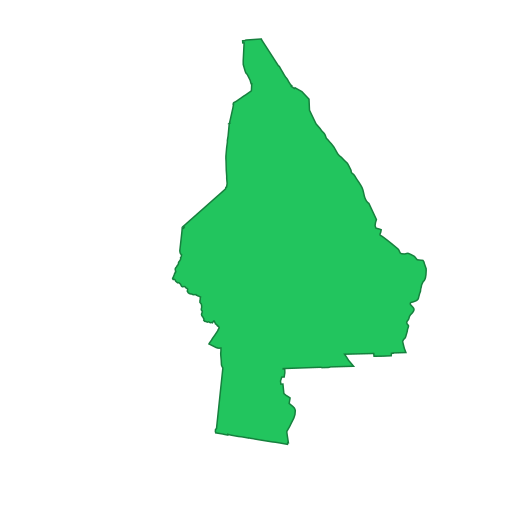 Lansingerland, Zuid-Holland, Netherlands, rotated 319°
{"feature_id": "6326949B1243164224126", "entity_name": "Lansingerland", "entity_type": "district", "adm_level": 2, "iso_a3": "NLD", "parent_name": "Netherlands", "parent_adm1": "Zuid-Holland", "projection": "orthographic", "projection_center": [4.494, 52.011], "detail": "fine", "context": "isolated", "style": "filled", "palette": "green", "viewbox_px": 512, "rotation_deg": 319, "n_neighbors": 0, "source": "geoboundaries", "source_scale": "gbopen_adm2", "svg_char_len": 6003}
<svg xmlns="http://www.w3.org/2000/svg" viewBox="0 0 512 512"><g transform="rotate(319 256 256)"><path d="M385.8,86.5L386.8,87.4L374.4,100.3L372.0,103.1L369.2,109.1L368.6,110.7L368.4,111.5L368.5,113.2L368.4,113.6L366.9,119.5L365.3,122.8L365.8,123.2L361.2,128.0L360.5,128.3L355.7,127.8L353.6,127.6L352.1,127.3L342.5,126.3L340.0,125.7L339.5,125.7L339.1,125.9L338.4,126.4L338.6,126.7L338.5,126.8L335.7,129.1L323.1,138.4L322.7,138.4L322.9,138.6L322.6,138.6L322.3,138.9L314.1,146.7L313.7,147.1L310.3,149.9L309.1,151.3L304.9,155.0L298.9,160.8L297.3,162.6L295.5,164.9L289.8,171.8L286.3,176.5L284.8,178.2L281.8,182.3L279.0,184.7L278.3,184.4L276.9,185.4L220.2,185.9L220.8,187.2L219.4,187.6L218.7,186.4L216.3,188.8L201.9,202.1L200.8,203.9L200.5,205.1L200.5,205.3L200.7,206.1L199.3,207.4L198.9,207.6L197.9,207.8L197.4,208.7L196.5,209.2L195.3,209.6L194.0,209.8L193.5,210.0L193.1,210.2L192.3,211.0L191.4,211.4L191.1,211.5L190.4,211.5L188.8,212.1L187.4,212.3L186.8,212.6L186.4,212.9L186.1,213.4L185.2,214.9L185.2,215.2L184.8,215.4L184.6,215.2L184.3,215.3L184.1,215.4L184.1,215.7L182.7,216.0L182.1,216.5L181.5,216.8L180.8,217.1L180.0,217.5L179.8,217.8L178.6,218.0L178.4,218.2L178.2,218.4L178.1,218.8L178.1,219.5L178.9,219.7L179.1,220.0L179.2,220.4L179.2,221.2L178.9,222.1L178.9,222.7L179.0,223.1L179.1,224.1L179.3,224.9L179.9,225.2L180.2,225.5L180.6,227.6L180.5,227.8L180.3,228.4L180.3,228.9L180.0,229.7L180.0,230.1L180.1,230.5L180.3,231.0L180.8,231.3L181.6,231.8L182.2,232.5L182.3,233.4L182.2,234.2L182.3,234.4L182.6,235.2L182.8,235.4L182.9,235.7L182.7,235.9L182.6,236.2L182.5,236.4L181.5,237.1L181.0,237.6L181.0,238.4L180.7,239.0L180.8,239.5L180.9,239.8L181.0,240.5L181.4,241.2L181.6,241.3L181.8,241.8L182.5,242.4L182.6,242.6L182.7,242.9L182.8,243.3L183.4,244.2L184.9,245.3L185.1,245.7L185.4,245.8L185.3,246.2L185.3,246.6L185.8,247.2L185.8,247.7L186.4,248.5L186.7,249.5L187.3,250.5L185.8,251.7L185.3,252.4L184.7,252.6L184.5,253.0L184.2,253.2L183.9,253.7L183.4,253.9L183.2,255.3L183.3,256.1L182.4,257.8L182.0,258.3L181.0,259.4L180.1,260.0L179.5,260.6L179.3,261.0L179.4,262.0L178.9,262.7L178.0,263.5L177.1,263.9L176.5,264.4L176.0,265.5L176.0,266.0L175.8,266.6L175.9,267.3L175.7,267.9L175.6,268.3L175.5,268.5L175.5,269.1L175.4,269.3L174.9,269.9L174.4,270.2L174.6,271.2L174.6,271.4L174.4,271.5L174.5,271.8L175.1,272.4L175.5,273.1L175.7,273.7L176.0,274.1L176.9,274.4L177.1,274.6L177.2,274.9L177.7,276.3L177.9,276.5L178.5,276.9L179.4,277.4L179.4,277.5L179.4,277.8L180.6,277.5L180.8,277.5L181.3,277.3L181.6,277.4L181.7,277.5L181.8,277.6L181.1,280.2L181.0,280.6L180.9,280.7L181.0,280.9L181.2,281.5L181.2,282.2L181.1,282.3L181.2,282.6L181.4,283.2L181.3,283.5L181.2,283.6L181.4,283.7L181.4,284.7L181.3,285.8L181.0,286.1L180.5,286.3L178.7,286.9L178.5,287.2L172.7,288.8L169.3,289.6L168.0,290.0L167.7,290.2L163.9,291.1L162.8,291.5L166.0,299.3L166.5,299.6L166.8,300.2L166.7,300.3L167.6,301.3L169.2,302.4L167.3,304.6L165.5,306.3L164.3,307.8L161.1,312.2L158.5,315.5L158.1,316.4L157.5,318.8L112.9,360.4L112.1,360.3L111.7,360.3L111.3,360.7L110.1,361.9L109.9,362.3L110.0,362.7L109.6,363.1L114.1,368.5L115.0,369.8L117.2,372.6L117.7,372.0L119.6,374.8L124.4,380.8L126.6,383.1L130.2,387.6L130.9,388.5L131.1,388.4L132.7,390.5L134.1,392.1L134.4,392.5L134.8,393.1L138.9,398.1L146.4,407.1L148.3,409.1L151.3,412.7L153.6,415.6L156.2,418.8L157.5,417.7L157.9,418.2L163.3,409.7L164.2,408.6L169.4,406.8L172.0,405.7L178.1,403.2L179.3,402.5L181.4,401.2L184.2,398.5L184.8,397.3L185.2,395.8L185.1,393.9L184.3,389.0L188.0,386.0L188.6,385.4L187.6,381.9L187.3,381.4L186.8,378.1L192.3,370.3L190.7,369.0L192.5,366.4L196.0,364.3L197.9,365.8L200.1,363.9L201.0,363.2L201.7,362.4L203.1,360.7L203.6,360.1L202.4,359.1L202.7,358.8L231.7,382.3L232.1,382.7L232.5,383.5L237.6,387.7L239.5,388.6L257.3,403.2L257.4,397.6L257.4,395.5L257.9,392.4L258.4,388.2L280.9,406.8L279.3,409.1L286.4,415.1L292.6,420.0L294.4,418.3L295.8,419.4L296.0,419.2L305.8,427.2L307.3,423.1L308.2,421.3L310.2,417.4L310.8,416.5L312.2,416.0L313.1,415.8L314.8,415.7L315.9,415.2L320.7,412.1L322.2,410.8L324.4,409.5L325.2,408.9L325.5,408.2L325.4,406.8L325.7,405.8L326.2,405.0L326.9,404.5L329.2,404.0L330.0,403.7L331.8,402.5L332.9,402.0L334.2,401.7L335.9,401.6L337.2,401.4L338.8,400.9L339.9,400.3L340.3,399.7L340.5,399.4L340.7,398.9L340.8,397.2L340.7,394.3L340.8,393.8L340.9,393.5L341.3,393.0L341.9,392.7L342.6,392.8L344.4,393.7L347.4,394.8L348.9,395.0L349.6,394.9L350.2,394.8L350.9,394.4L354.8,391.7L356.9,390.6L358.7,388.9L360.1,388.0L362.0,386.5L364.6,385.3L365.6,385.0L366.9,384.9L368.4,384.3L369.6,383.6L372.0,381.6L375.1,378.4L376.2,377.0L376.4,376.4L378.1,372.1L378.8,370.8L379.1,368.9L378.8,368.5L377.6,367.3L375.2,364.6L375.2,363.8L375.3,361.2L375.3,360.6L375.2,359.9L374.0,356.7L372.7,354.0L372.4,353.6L371.7,353.1L369.8,352.2L369.3,351.8L367.8,350.3L367.2,349.5L367.0,349.1L366.9,348.5L366.9,348.0L367.7,345.2L367.8,344.1L366.9,338.4L365.6,331.1L364.5,325.7L364.0,323.7L363.4,321.9L363.4,321.6L363.8,320.9L365.7,319.9L367.0,318.9L367.7,318.3L366.9,316.8L364.8,313.6L365.3,312.3L365.8,311.2L368.2,309.1L370.8,307.5L375.7,290.4L375.6,289.8L375.4,289.0L375.4,287.3L375.5,286.5L375.9,284.9L376.3,283.6L377.1,281.8L379.2,277.9L380.0,276.3L380.8,274.3L381.1,273.1L381.4,271.7L381.9,268.6L382.4,264.2L383.1,260.2L383.2,258.4L382.8,256.8L382.8,255.9L382.9,255.3L383.8,253.9L384.1,253.1L385.3,248.4L385.6,247.0L385.8,245.9L385.4,241.8L385.2,237.5L384.7,235.1L384.7,232.6L385.0,231.0L386.2,225.2L386.3,224.5L386.5,220.7L386.4,218.4L386.5,215.3L386.3,213.2L386.5,212.8L387.0,211.5L387.4,210.5L387.7,209.5L387.9,208.2L387.7,204.5L388.0,201.8L388.0,200.4L388.0,195.6L392.0,181.1L398.9,172.4L398.5,162.1L395.8,154.6L394.9,154.8L394.5,153.9L394.5,153.0L393.9,151.2L394.7,151.0L394.5,149.7L394.5,149.2L395.0,145.8L395.6,143.2L395.7,141.9L395.7,140.2L396.2,137.1L396.4,135.9L396.5,135.9L397.2,131.9L398.0,128.1L397.8,127.9L397.7,127.0L401.9,97.7L402.0,97.0L402.0,96.8L402.3,96.1L402.4,95.7L390.6,86.8L389.8,86.3L389.1,86.3L387.1,84.8L385.8,86.5Z" fill="#22c55e" stroke="#15803d" stroke-width="1.5"/></g></svg>